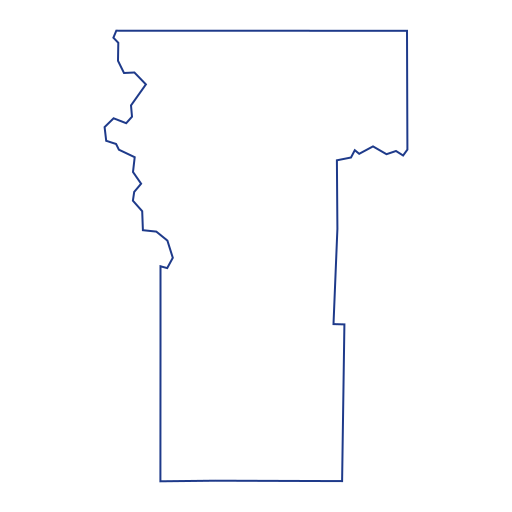 Hinsdale, Colorado, United States of America
{"feature_id": "52423323B80140634274819", "entity_name": "Hinsdale", "entity_type": "district", "adm_level": 2, "iso_a3": "USA", "parent_name": "United States of America", "parent_adm1": "Colorado", "projection": "robinson", "projection_center": [-107.379, 37.785], "detail": "fine", "context": "isolated", "style": "outline", "palette": "blue", "viewbox_px": 512, "rotation_deg": 0, "n_neighbors": 0, "source": "geoboundaries", "source_scale": "gbopen_adm2", "svg_char_len": 659}
<svg xmlns="http://www.w3.org/2000/svg" viewBox="0 0 512 512"><path d="M342.1,481.1L344.4,324.4L333.5,324.1L337.4,228.8L336.9,160.3L351.0,157.5L354.8,150.2L359.2,153.8L373.0,146.4L386.5,154.2L396.0,151.0L403.1,155.5L407.4,149.6L407.0,30.8L116.3,30.7L113.4,37.7L118.3,42.8L118.0,60.8L124.0,73.0L134.4,72.5L145.9,84.4L131.0,105.4L132.0,116.7L126.2,123.2L113.6,118.3L104.6,127.1L106.2,140.8L116.1,144.0L118.9,149.7L134.7,157.2L133.0,172.0L141.1,183.7L134.2,191.9L132.9,200.7L142.2,211.2L142.9,230.2L156.3,231.6L167.4,240.6L172.8,257.8L167.2,268.1L160.5,266.3L160.5,346.5L160.4,481.3L215.2,480.7L342.1,481.1Z" fill="none" stroke="#1e3a8a" stroke-width="2"/></svg>